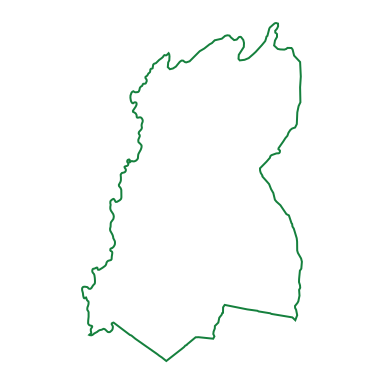 the district of Santa Lucía Cotzumalguapa, Escuintla, Guatemala
{"feature_id": "79465075B85033757561509", "entity_name": "Santa Lucía Cotzumalguapa", "entity_type": "district", "adm_level": 2, "iso_a3": "GTM", "parent_name": "Guatemala", "parent_adm1": "Escuintla", "projection": "orthographic", "projection_center": [-91.117, 14.294], "detail": "fine", "context": "isolated", "style": "outline", "palette": "green", "viewbox_px": 384, "rotation_deg": 0, "n_neighbors": 0, "source": "geoboundaries", "source_scale": "gbopen_adm2", "svg_char_len": 5920}
<svg xmlns="http://www.w3.org/2000/svg" viewBox="0 0 384 384"><path d="M288.9,215.4L286.4,214.1L280.4,205.2L276.4,201.6L274.9,199.7L273.3,193.0L271.1,189.2L269.1,184.1L265.7,180.2L262.4,176.5L262.4,175.6L260.7,172.8L260.1,170.7L260.0,168.3L266.5,161.7L269.9,157.8L270.3,156.3L271.4,155.2L276.4,153.4L278.5,153.3L279.1,153.1L279.6,152.6L279.9,151.9L279.9,150.5L278.4,149.1L278.6,148.1L283.3,141.4L285.4,138.1L287.4,135.8L288.5,132.7L290.4,129.9L292.2,128.5L295.1,127.5L296.8,124.1L297.3,112.4L298.6,106.1L300.4,102.3L300.1,87.3L300.8,76.5L300.1,62.0L294.1,55.6L292.6,49.5L291.5,48.0L287.5,47.9L286.1,49.0L284.3,49.6L280.1,49.4L277.7,48.9L274.1,45.5L275.0,40.5L277.0,36.9L277.0,34.1L276.4,33.4L275.3,32.6L275.2,30.8L277.0,28.7L278.1,26.3L278.0,23.6L276.0,23.0L274.6,23.4L269.9,27.5L269.3,28.6L267.4,35.9L266.5,36.6L265.9,39.0L265.2,41.1L261.8,45.2L255.7,51.9L253.1,54.3L248.7,58.1L244.6,59.8L239.8,60.4L238.5,58.8L238.8,54.8L243.8,47.0L244.0,43.0L243.3,40.0L241.1,37.1L240.2,36.8L239.0,37.1L236.7,39.6L234.1,40.1L230.8,37.3L229.5,35.6L227.4,35.3L225.1,35.9L221.8,38.7L214.7,40.3L211.9,43.1L209.6,44.3L204.3,48.5L199.7,51.2L189.6,61.3L186.2,62.4L185.0,62.1L183.0,60.6L181.5,60.6L179.8,61.8L175.9,66.6L172.9,68.5L169.9,69.2L167.8,67.1L168.2,62.4L169.3,60.3L169.5,56.3L169.2,54.2L168.6,53.2L166.8,55.0L166.3,55.3L165.4,55.3L164.5,55.1L163.8,55.6L163.0,56.9L161.7,58.1L159.2,59.9L156.3,62.8L155.8,63.2L154.2,63.7L153.6,64.2L153.2,64.7L153.1,65.3L152.6,68.3L151.8,68.7L151.0,68.8L150.4,69.4L150.1,71.7L149.9,72.2L149.3,72.8L148.4,73.5L147.3,75.5L146.4,76.3L145.6,76.7L145.4,77.6L145.5,78.1L146.5,79.5L146.7,80.1L146.7,81.2L146.1,82.6L145.7,83.4L145.0,83.7L143.3,83.8L142.7,84.4L142.5,85.2L142.1,85.9L141.3,86.3L140.6,86.9L140.1,87.5L139.8,88.1L139.5,89.6L139.2,90.6L138.8,91.3L138.4,91.8L137.7,92.1L135.6,92.3L135.0,92.2L134.2,91.9L133.5,91.3L132.6,91.6L131.7,92.4L131.4,93.0L130.5,95.5L130.4,97.8L130.8,100.3L131.2,101.6L132.2,103.0L133.0,103.3L134.4,102.4L135.2,102.3L136.0,102.5L136.5,103.1L136.6,104.0L136.5,104.8L136.1,105.8L135.6,106.8L133.1,110.5L132.9,111.0L133.0,111.8L134.4,112.5L135.4,113.2L135.8,113.6L136.1,114.1L136.4,114.7L136.6,115.3L136.7,116.9L137.2,117.6L137.9,117.7L139.4,117.4L140.1,117.3L141.2,117.7L141.9,118.5L142.4,119.4L142.7,120.3L142.7,121.1L142.6,121.9L141.9,123.6L141.6,125.0L141.6,125.7L141.9,127.8L141.6,128.8L141.2,129.5L139.3,131.6L138.9,132.2L138.7,133.3L139.1,134.3L139.6,134.9L139.8,135.9L139.7,136.5L138.4,139.5L138.3,140.5L138.4,141.7L138.6,142.3L140.1,143.6L141.5,145.3L141.6,146.2L141.5,147.4L141.2,148.5L140.7,149.8L138.6,153.6L138.2,154.8L137.9,158.3L137.5,159.1L136.9,159.8L136.0,160.6L135.2,161.0L134.5,161.3L133.1,161.4L132.2,161.1L131.3,161.1L129.9,162.2L129.5,161.6L129.7,160.8L129.7,160.0L129.2,159.5L128.4,159.6L127.7,160.0L127.3,160.7L127.2,161.6L127.4,162.2L128.2,163.3L128.3,164.1L128.1,164.9L127.8,165.4L127.0,165.9L126.0,166.2L125.2,166.3L124.5,167.0L124.8,167.9L125.8,169.3L125.9,170.2L125.6,171.2L125.1,171.9L124.3,172.4L121.9,173.0L121.2,173.8L120.7,174.6L120.7,175.2L120.9,177.4L120.9,180.1L120.6,181.5L120.3,182.2L118.9,184.7L118.9,185.5L119.1,186.2L120.5,187.9L121.0,189.0L121.3,190.0L121.4,197.2L121.3,197.9L121.1,198.8L120.6,199.4L119.8,200.2L117.4,201.6L116.7,201.9L115.7,201.9L115.3,201.3L114.2,199.3L113.4,198.9L112.7,199.2L111.8,199.8L111.1,200.4L110.4,201.3L110.3,202.8L110.4,203.8L110.6,204.4L110.6,205.1L110.3,206.9L110.3,208.6L110.4,209.2L110.9,210.6L113.1,213.9L113.5,214.9L113.8,216.3L113.7,217.4L113.4,218.9L112.8,219.8L111.4,221.7L111.0,222.3L110.8,223.0L110.7,223.6L110.6,226.3L110.5,227.0L110.1,228.5L110.1,230.0L110.4,231.0L112.2,234.2L112.7,235.3L113.1,236.7L113.3,238.2L114.7,240.9L114.9,241.5L115.0,242.9L114.9,243.8L114.8,244.6L114.1,246.0L113.4,247.0L112.2,248.0L111.5,248.2L110.5,248.8L110.3,249.7L110.3,250.4L110.8,251.0L111.5,251.3L112.1,251.9L112.3,252.7L112.2,253.9L111.8,256.4L111.6,259.1L111.1,259.9L110.4,260.2L109.2,260.5L108.2,260.8L107.5,261.3L106.7,262.3L106.5,262.9L106.2,264.1L105.9,264.8L105.4,265.6L104.7,266.2L102.5,267.8L99.4,269.7L98.8,269.8L98.0,269.7L97.6,268.9L97.5,268.4L97.3,267.7L96.5,267.6L94.7,268.5L93.9,268.7L93.2,268.8L92.6,269.3L92.3,270.4L92.3,271.5L92.5,272.1L93.0,272.9L94.0,274.1L94.4,275.2L94.8,277.9L95.0,281.0L94.9,283.0L94.6,283.8L93.5,284.9L92.8,285.8L91.5,287.9L91.1,288.3L90.3,288.8L89.4,288.8L88.6,288.5L87.5,287.2L86.7,287.0L84.8,286.7L83.7,286.8L83.1,287.0L82.4,287.7L82.1,288.6L82.1,289.6L82.2,290.5L82.9,293.0L83.2,295.7L83.7,297.7L84.1,298.2L84.7,298.3L85.3,297.7L86.1,297.5L87.0,300.1L87.7,300.9L88.4,301.4L88.6,302.5L88.5,304.2L87.9,306.3L87.5,307.1L87.3,308.4L87.3,309.8L88.2,311.2L88.6,312.2L88.6,316.8L88.2,320.5L88.1,323.3L88.5,324.2L88.8,324.7L89.7,325.3L90.8,325.7L91.6,325.8L92.1,326.2L92.2,326.8L91.9,327.4L91.2,328.5L90.8,329.2L90.8,330.9L91.1,332.0L91.2,332.9L90.9,333.6L89.7,334.4L89.2,334.9L89.9,335.2L91.4,335.3L92.3,335.0L93.3,334.3L94.2,333.5L97.3,331.8L98.2,331.0L99.5,330.2L100.4,330.0L101.8,329.7L103.3,328.9L104.0,328.9L105.1,329.4L107.7,331.9L108.5,332.1L109.5,332.1L110.1,331.9L110.9,331.2L111.9,330.3L112.5,329.3L112.7,328.5L112.8,327.5L112.9,326.9L112.6,325.8L111.7,324.3L111.8,323.4L112.7,322.8L113.6,322.6L130.0,335.0L131.4,335.5L135.4,338.8L157.5,354.3L159.5,355.9L160.3,356.4L161.8,357.4L166.3,361.0L183.9,347.2L185.4,345.5L186.6,345.1L186.8,344.6L195.6,337.3L198.6,337.2L213.2,338.7L214.4,336.4L213.3,334.0L213.6,331.6L214.8,328.5L214.9,326.0L218.3,322.6L219.3,317.7L221.7,314.7L222.2,313.1L223.0,312.8L223.1,307.3L224.7,304.9L247.3,309.4L257.5,310.8L258.5,311.4L270.3,313.3L271.3,313.9L292.4,317.4L295.3,320.2L297.2,315.2L296.1,309.8L295.1,307.9L295.0,306.0L297.4,303.0L298.3,301.4L299.5,295.7L299.1,289.9L300.2,287.8L300.0,285.3L299.0,282.1L299.1,279.0L299.9,270.7L301.3,268.7L301.9,261.7L301.1,258.5L297.9,252.9L297.2,250.5L297.1,241.6L296.7,238.2L293.8,228.6L292.5,226.6L292.1,223.9L291.5,223.2L288.9,215.4Z" fill="none" stroke="#15803d" stroke-width="2"/></svg>